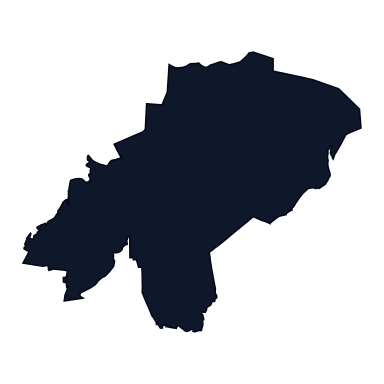 outline of Apaxco, México, Mexico
{"feature_id": "50627088B64276875266492", "entity_name": "Apaxco", "entity_type": "district", "adm_level": 2, "iso_a3": "MEX", "parent_name": "Mexico", "parent_adm1": "México", "projection": "albers", "projection_center": [-99.154, 19.981], "detail": "fine", "context": "isolated", "style": "filled", "palette": "ink", "viewbox_px": 384, "rotation_deg": 0, "n_neighbors": 0, "source": "geoboundaries", "source_scale": "gbopen_adm2", "svg_char_len": 5842}
<svg xmlns="http://www.w3.org/2000/svg" viewBox="0 0 384 384"><path d="M23.0,263.1L43.3,266.3L47.7,265.2L48.9,269.8L48.6,269.9L49.0,270.4L52.3,269.4L52.1,268.9L63.9,270.1L67.4,270.7L66.6,275.9L66.4,276.0L66.4,276.5L66.0,276.8L66.0,277.4L63.3,277.5L63.4,282.1L65.5,282.3L66.0,282.1L66.1,282.3L66.0,283.2L66.2,283.6L66.6,284.7L66.6,286.2L66.8,286.6L66.7,287.1L67.6,286.6L67.9,286.7L68.0,287.2L65.9,292.8L65.0,295.0L64.2,301.0L83.1,298.1L79.8,296.1L80.4,293.0L82.6,291.9L90.9,287.6L95.0,284.8L96.7,283.1L98.0,280.9L100.5,279.0L100.6,278.8L100.4,278.6L105.5,275.9L108.2,272.9L108.5,272.8L111.7,268.8L113.4,266.7L113.6,266.4L114.6,261.1L113.6,259.2L113.2,259.0L113.6,255.6L113.2,252.4L113.7,252.3L115.8,252.9L117.8,252.5L119.8,251.8L120.4,251.4L121.7,250.1L122.2,249.3L122.3,247.6L123.7,246.3L125.7,244.6L126.4,244.6L127.3,244.3L126.9,241.5L126.6,241.1L128.0,237.1L128.9,236.4L129.7,236.2L129.8,241.7L129.9,257.8L133.1,257.4L133.2,259.1L133.3,259.7L135.7,259.7L136.3,259.8L136.5,259.9L136.8,260.5L136.7,260.6L138.6,267.3L141.9,267.2L142.3,278.0L142.2,279.8L142.4,285.5L142.2,292.5L143.6,295.9L143.6,296.1L147.3,304.8L147.6,305.2L151.8,315.5L152.2,316.2L153.5,317.7L156.2,322.2L156.9,322.5L156.3,323.3L156.4,323.9L156.4,324.4L157.7,324.1L160.3,328.0L160.5,327.8L161.1,328.1L162.5,328.0L162.2,325.6L163.6,325.5L165.1,325.0L165.9,324.3L166.1,326.8L168.1,326.7L167.6,326.8L169.6,327.3L176.3,328.4L177.6,325.5L178.9,325.9L179.7,326.5L180.3,327.1L181.2,327.9L182.6,328.8L184.9,330.8L186.9,331.4L189.1,330.7L191.3,329.5L192.1,329.4L193.3,329.8L193.4,330.6L193.0,331.1L194.9,331.9L195.0,331.6L197.9,330.9L199.2,330.5L201.4,330.5L201.6,329.9L201.6,329.0L202.0,328.2L202.8,325.1L202.9,323.2L202.7,322.2L202.4,321.6L202.3,320.8L203.6,319.8L203.7,318.9L202.8,314.9L201.4,313.6L201.8,312.1L205.2,312.3L206.7,309.4L206.4,308.3L207.2,307.3L208.8,306.0L209.7,305.8L210.9,304.6L212.1,301.7L212.4,301.5L212.8,301.2L213.0,301.3L214.4,301.5L215.0,300.4L214.8,299.4L214.9,298.9L216.6,298.0L216.8,296.7L216.5,295.2L215.6,294.1L215.2,292.1L215.4,288.7L213.8,280.7L213.4,278.2L213.1,277.3L212.7,274.1L212.2,272.1L210.1,259.1L210.1,257.7L209.9,256.8L209.3,252.2L213.3,249.3L214.9,247.9L217.8,245.9L223.0,241.8L233.7,232.8L247.0,221.9L252.7,217.1L253.4,216.6L254.2,217.1L262.0,220.5L265.5,221.6L270.1,223.6L270.1,223.3L270.3,222.9L270.8,222.6L271.2,222.2L271.9,221.8L272.6,220.8L273.2,220.6L274.5,219.8L274.8,219.1L275.3,218.7L275.9,218.6L276.7,217.7L277.8,217.2L278.6,216.5L280.4,215.9L280.6,216.0L280.8,216.0L280.9,215.8L281.5,215.6L282.0,215.3L282.3,215.4L282.5,215.4L282.9,215.5L283.5,215.2L284.2,215.3L284.3,215.2L284.4,214.9L284.8,214.7L285.4,214.7L285.5,214.5L285.8,214.6L285.8,214.4L286.4,213.9L286.7,213.3L287.0,212.9L287.7,212.6L287.8,212.2L288.0,212.0L288.6,211.9L288.7,211.6L288.9,211.5L289.2,211.2L289.6,211.1L290.1,211.0L290.6,210.5L292.0,210.2L291.9,209.4L291.8,208.7L292.3,207.8L293.4,206.9L294.7,205.0L295.5,203.5L299.9,197.1L302.4,194.0L304.2,192.1L308.4,188.4L310.4,188.1L310.9,187.8L311.3,188.0L313.1,187.7L315.0,188.3L315.5,188.6L316.1,188.5L316.5,188.2L318.2,188.1L318.5,188.1L319.0,188.5L325.1,184.4L327.9,180.2L328.6,178.2L330.2,175.9L329.8,172.3L329.2,171.6L329.2,170.8L329.0,170.2L328.6,169.7L328.7,168.9L328.4,168.5L328.3,168.2L328.3,167.4L328.1,166.9L327.9,165.4L327.7,162.8L327.9,162.0L327.9,161.6L328.1,161.1L327.8,158.9L327.6,158.0L327.5,155.9L327.8,155.1L327.8,153.8L328.0,153.1L327.9,151.7L327.7,151.4L328.0,149.9L328.4,149.4L328.8,149.3L330.3,146.0L330.6,145.7L331.0,145.6L331.6,145.8L331.5,146.6L331.3,147.6L330.8,149.3L330.4,152.1L330.4,153.2L330.8,153.9L331.1,155.1L331.6,155.7L332.2,156.8L332.6,158.3L333.1,159.1L333.9,157.1L334.4,155.4L335.1,153.9L335.5,153.2L335.9,152.8L341.1,143.8L345.6,135.1L348.2,133.3L361.0,128.0L359.5,109.1L338.7,88.8L325.3,84.1L313.4,79.9L304.4,77.8L273.1,71.1L273.1,58.7L253.2,52.1L249.1,52.9L246.0,56.7L240.4,61.7L239.5,62.1L234.6,63.6L229.2,64.8L221.3,61.8L219.2,62.1L211.5,64.8L210.8,64.9L207.5,67.0L206.8,67.2L205.3,67.3L204.1,67.1L203.3,66.4L202.0,66.0L199.8,64.2L199.4,63.4L197.8,63.0L196.4,63.5L190.2,63.7L189.5,64.4L188.1,64.9L187.7,65.3L187.4,65.8L182.1,67.6L181.1,67.5L178.7,67.8L178.2,68.0L174.6,67.5L169.1,64.5L167.3,92.3L165.8,95.8L162.0,104.9L146.6,103.7L145.3,129.3L143.0,131.8L114.1,144.2L117.1,150.2L121.2,157.7L115.7,159.6L111.7,160.4L110.6,161.2L109.3,162.8L108.0,165.2L107.1,165.5L106.2,166.0L105.8,166.0L105.1,165.7L104.2,165.1L102.5,164.9L98.9,163.9L97.4,163.0L95.1,162.0L94.1,161.4L93.3,161.0L92.7,160.6L92.1,160.0L91.7,159.4L91.1,158.8L89.8,157.1L89.5,156.6L89.2,156.3L88.2,155.4L87.9,155.8L87.7,156.6L87.4,157.6L87.5,159.3L87.7,160.1L88.1,160.5L89.2,161.0L89.5,161.3L89.4,162.2L88.6,163.1L87.1,163.8L86.5,164.5L86.3,165.2L86.7,166.0L88.0,166.7L89.7,167.4L91.1,167.8L90.4,169.5L90.3,170.4L90.2,171.5L90.4,172.1L90.4,173.1L89.3,174.1L88.9,174.5L88.8,174.8L88.7,175.1L88.7,175.5L89.0,176.2L90.1,177.7L90.3,178.0L90.2,178.7L89.9,179.6L90.1,180.2L90.4,180.5L88.6,181.5L86.7,182.5L86.0,182.5L82.3,179.2L80.9,178.7L79.5,178.6L76.2,178.7L73.8,179.3L71.8,179.9L70.6,180.4L69.8,183.7L69.3,187.1L69.0,189.4L68.6,190.1L68.4,191.1L68.5,195.9L68.4,197.3L68.4,198.4L67.9,199.1L68.2,199.7L69.1,204.1L69.1,204.9L68.2,205.3L67.1,202.5L66.9,199.6L65.6,200.0L62.9,202.4L62.6,203.4L59.9,208.2L57.9,210.9L58.0,212.2L57.4,213.5L56.4,214.7L55.3,216.6L53.9,218.4L48.6,221.2L47.9,221.8L47.9,222.2L46.0,224.6L46.0,224.8L45.8,224.8L45.7,224.2L45.3,223.8L45.2,223.4L43.3,224.2L40.7,225.1L40.3,225.7L38.3,226.3L38.0,226.8L36.9,227.3L37.4,228.6L37.7,228.5L39.4,230.8L39.7,230.9L37.2,232.2L37.8,233.4L33.9,235.7L34.1,236.5L33.2,238.9L32.9,239.3L29.5,238.4L30.9,233.7L30.6,233.4L30.5,233.2L26.5,238.5L27.0,239.2L26.2,240.6L25.1,243.4L24.9,244.4L25.8,244.5L24.6,247.8L24.2,247.7L24.0,248.8L25.9,250.0L27.2,250.7L28.2,251.2L28.8,251.3L29.0,251.8L23.0,263.1Z" fill="#0f172a" stroke="#020617" stroke-width="1.5"/></svg>